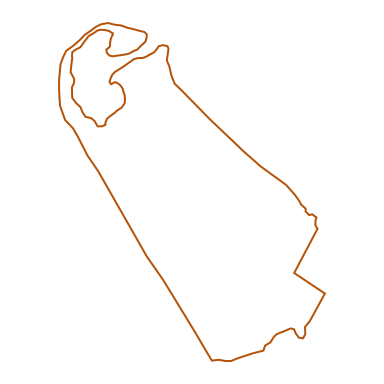 outline of Temotu, Tuvalu
{"feature_id": "33948139B29442200117602", "entity_name": "Temotu", "entity_type": "district", "adm_level": 2, "iso_a3": "TUV", "parent_name": "Tuvalu", "parent_adm1": "", "projection": "orthographic", "projection_center": [178.67, -7.47], "detail": "fine", "context": "isolated", "style": "outline", "palette": "amber", "viewbox_px": 384, "rotation_deg": 0, "n_neighbors": 0, "source": "geoboundaries", "source_scale": "gbopen_adm2", "svg_char_len": 2065}
<svg xmlns="http://www.w3.org/2000/svg" viewBox="0 0 384 384"><path d="M263.4,350.6L265.1,345.6L266.9,344.5L270.4,342.4L273.7,337.1L276.2,334.6L277.9,333.7L279.8,332.8L283.3,331.6L288.0,329.5L290.9,328.4L294.1,329.3L295.7,333.3L298.9,337.7L303.1,338.3L305.3,334.1L305.0,327.0L309.7,321.3L324.9,293.6L294.2,273.0L317.5,228.8L315.3,224.9L315.5,220.7L316.4,217.4L312.2,214.3L309.2,215.1L305.6,211.5L305.6,208.7L304.0,207.2L301.1,204.5L299.2,200.9L295.0,195.0L286.2,185.0L260.1,166.0L251.4,158.2L244.6,152.3L210.0,119.4L191.3,100.3L182.1,90.9L174.6,83.6L171.3,75.2L169.3,66.3L166.8,60.4L167.7,54.3L168.5,48.7L167.4,46.2L163.0,45.1L158.8,46.2L156.3,49.8L153.8,52.6L149.7,54.6L146.6,56.5L143.0,57.9L137.2,58.2L133.6,59.3L126.7,64.3L123.4,66.6L119.5,69.1L115.0,71.9L112.3,74.7L110.9,77.7L109.5,81.6L110.9,84.2L111.7,83.9L113.4,83.0L114.5,82.2L116.4,82.5L118.6,83.9L120.6,85.6L122.8,88.9L123.4,91.7L124.7,95.3L125.0,99.2L124.7,102.9L124.7,103.2L121.7,107.6L117.3,110.4L114.2,113.2L109.8,116.3L107.0,118.8L105.4,122.7L105.4,124.9L102.0,126.3L97.6,126.3L94.4,120.8L91.0,118.1L85.7,116.9L82.6,112.5L80.5,107.2L75.9,102.8L72.3,98.0L72.0,92.4L72.0,87.3L74.0,82.9L74.2,79.0L72.3,75.4L70.6,72.0L71.3,65.5L71.8,61.1L72.3,58.4L72.0,55.8L72.3,52.1L75.6,49.7L80.2,47.3L81.9,45.1L83.8,42.4L88.6,36.1L93.2,33.5L97.8,30.3L101.6,29.8L105.2,30.1L109.1,31.0L112.4,33.2L112.7,33.2L112.9,34.2L111.0,38.3L110.0,43.2L110.0,46.1L109.3,47.3L106.4,49.5L106.7,52.6L109.3,55.5L112.7,56.3L119.6,55.3L124.7,54.6L129.0,53.6L133.3,51.2L137.4,49.5L140.6,46.1L145.4,41.7L146.6,37.6L146.8,34.4L144.4,32.0L139.4,30.8L132.4,28.9L127.8,27.9L121.3,25.5L114.6,24.7L107.9,23.0L101.1,24.3L95.8,26.9L91.0,30.6L85.0,34.7L79.3,40.5L73.2,45.8L66.3,50.7L63.1,57.2L60.5,64.3L59.1,80.0L59.1,90.7L60.0,105.7L65.1,120.0L73.0,128.3L77.9,136.7L87.4,155.4L97.7,170.5L97.9,170.7L117.8,205.6L120.1,209.6L143.0,249.8L146.6,256.2L163.0,279.7L184.1,314.2L195.9,333.6L209.2,356.2L211.9,360.6L218.9,359.8L225.3,361.0L231.2,361.0L237.6,358.3L252.9,353.3L260.8,351.3L263.4,350.6Z" fill="none" stroke="#b45309" stroke-width="2"/></svg>